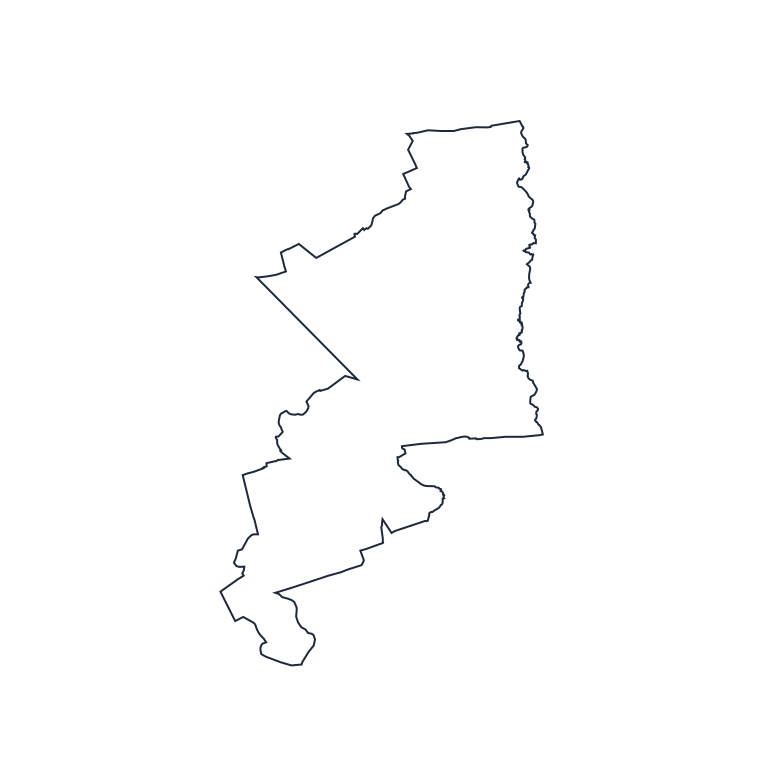 Matasaru, Dâmbovita, Romania (Albers equal-area conic projection), rotated 29°
{"feature_id": "2599482B12990773246129", "entity_name": "Matasaru", "entity_type": "district", "adm_level": 2, "iso_a3": "ROU", "parent_name": "Romania", "parent_adm1": "Dâmbovita", "projection": "albers", "projection_center": [25.452, 44.69], "detail": "fine", "context": "isolated", "style": "outline", "palette": "slate", "viewbox_px": 768, "rotation_deg": 29, "n_neighbors": 0, "source": "geoboundaries", "source_scale": "gbopen_adm2", "svg_char_len": 6146}
<svg xmlns="http://www.w3.org/2000/svg" viewBox="0 0 768 768"><g transform="rotate(29 384 384)"><path d="M488.6,482.5L487.6,478.7L487.6,477.8L486.9,477.0L486.9,476.1L486.2,475.0L487.0,473.3L488.4,472.5L489.6,469.8L491.9,466.0L492.3,464.4L492.4,462.2L493.1,461.2L493.0,460.1L491.9,457.4L491.1,456.3L492.0,454.9L491.0,454.7L490.7,452.1L490.3,451.9L489.2,452.2L488.8,450.9L488.2,450.5L487.0,450.0L485.3,450.1L485.3,448.8L484.7,448.3L483.0,448.8L482.2,448.2L479.2,449.3L477.8,448.9L470.1,452.9L468.2,453.4L464.3,453.6L463.3,453.3L455.7,452.4L453.9,451.4L452.8,451.5L451.9,450.6L450.4,450.5L446.7,448.9L444.7,448.8L444.2,449.3L441.2,449.5L438.8,448.5L436.0,447.9L434.0,445.7L433.8,444.6L432.3,443.1L431.3,441.4L432.4,440.9L433.5,439.3L436.4,434.3L433.7,431.3L431.3,431.5L430.3,430.6L429.8,429.7L445.2,418.5L466.2,405.0L469.9,400.9L473.2,396.6L478.7,391.7L481.5,390.1L484.3,389.7L485.0,390.5L491.0,386.9L491.6,387.4L494.7,385.6L496.2,384.5L497.5,383.0L504.4,379.1L515.5,371.5L531.0,362.9L545.3,353.0L547.4,351.1L542.3,345.7L539.7,344.6L538.9,344.7L536.4,343.2L534.5,343.1L533.4,342.0L533.9,340.6L533.8,339.7L532.7,336.9L531.6,336.4L531.1,335.3L530.7,334.3L531.3,331.9L530.5,330.9L529.0,330.3L527.2,330.8L523.9,329.9L522.5,330.3L521.3,330.0L520.0,327.7L518.5,324.1L520.8,320.4L520.9,317.2L520.6,315.1L520.0,314.1L513.5,310.3L513.1,309.4L512.1,309.1L509.1,309.4L507.4,308.8L505.7,307.4L505.1,305.3L502.9,303.0L501.9,303.8L499.4,304.1L498.7,305.1L494.4,304.7L493.5,303.2L493.6,301.8L494.3,300.3L494.0,298.3L494.2,297.1L493.2,293.0L492.3,290.8L489.1,287.7L486.3,288.8L484.4,287.7L483.1,286.4L483.0,285.6L483.2,284.4L484.5,282.9L484.5,282.0L483.5,280.4L482.4,281.2L481.8,280.9L482.0,280.2L481.1,280.0L478.8,280.9L477.8,279.7L478.2,279.3L477.5,277.8L477.9,276.3L478.7,275.5L478.7,275.2L478.2,275.4L477.7,274.1L478.8,273.2L478.8,272.6L479.5,272.1L478.8,270.3L478.3,270.1L478.5,269.2L478.3,268.4L477.5,266.9L476.1,265.5L475.7,264.5L475.4,264.3L475.2,264.9L474.3,263.5L474.0,263.6L473.7,264.3L472.9,264.2L472.6,263.2L470.4,263.4L470.1,263.0L470.0,262.7L471.3,262.1L471.5,261.7L470.4,260.2L470.4,259.6L469.1,258.3L469.1,256.3L465.9,252.0L465.7,250.5L466.7,248.9L465.4,246.5L465.3,244.6L464.3,241.8L463.0,241.7L462.8,241.0L463.6,240.0L462.2,236.6L462.4,235.1L461.4,233.8L461.4,232.8L461.7,231.6L462.2,231.3L462.2,230.1L463.5,229.3L462.3,228.0L461.8,227.1L461.9,225.7L462.3,224.9L463.1,224.5L460.6,222.4L459.6,221.2L457.8,217.7L456.1,212.5L454.9,210.9L450.9,209.9L452.4,206.3L452.4,205.0L453.3,203.7L452.0,199.8L451.9,198.5L451.6,198.3L450.8,199.0L450.0,198.9L449.5,199.6L448.8,199.7L447.3,198.8L444.0,199.9L441.5,199.7L441.7,199.3L442.8,198.1L442.6,197.2L442.9,196.7L445.6,194.2L445.5,193.7L444.8,193.6L444.5,193.2L444.4,192.6L443.7,192.0L444.0,191.5L446.0,189.8L445.9,189.2L446.3,188.4L448.6,187.3L446.8,184.0L444.9,183.2L444.1,180.7L442.6,181.0L441.8,180.1L440.2,180.1L440.1,178.3L440.4,177.4L440.1,176.7L440.4,175.4L440.3,174.5L438.7,170.4L437.6,170.0L437.0,169.4L436.8,168.7L435.7,167.4L433.3,167.5L430.7,166.8L430.0,166.2L429.0,164.2L427.6,163.4L427.2,162.6L427.0,161.5L425.9,161.7L425.6,161.1L426.0,159.4L427.0,157.7L427.3,156.1L426.2,152.2L424.7,150.9L419.6,149.9L419.0,149.2L416.0,147.3L409.8,145.3L408.0,145.4L406.1,146.2L403.0,143.8L402.6,143.1L402.3,139.0L402.6,138.7L403.9,139.4L405.5,138.0L405.3,134.2L406.0,133.3L406.5,131.5L406.3,126.9L406.5,125.9L406.3,124.7L405.9,124.3L405.1,124.4L404.1,122.3L402.4,121.7L402.4,120.8L402.0,120.5L400.6,121.0L399.8,121.7L399.4,121.5L399.5,120.2L398.7,119.3L398.0,119.1L398.0,118.3L397.6,117.3L394.4,115.9L392.8,114.1L392.2,113.2L392.0,112.5L391.2,111.6L391.1,110.4L391.4,109.7L393.6,107.9L394.1,106.8L393.9,105.4L391.7,104.8L389.6,101.9L388.4,101.0L385.5,100.4L382.3,98.1L381.7,96.8L381.9,93.0L381.5,92.0L380.7,91.5L380.3,91.7L375.1,88.2L352.8,106.0L352.6,106.4L352.8,107.4L349.9,109.5L339.8,114.9L327.5,124.0L322.4,128.9L311.6,134.9L299.4,140.8L291.2,148.2L287.8,150.5L287.8,150.9L282.8,154.1L286.0,154.7L291.3,157.5L291.5,167.4L304.7,176.6L308.0,179.2L299.0,191.0L310.3,199.4L313.0,200.5L310.0,204.7L310.0,205.6L310.4,206.1L311.5,210.1L312.6,211.7L311.1,213.7L310.4,217.4L309.4,219.6L301.5,229.0L298.6,233.0L298.0,236.4L294.5,241.3L294.1,244.0L294.2,244.9L295.2,248.0L296.0,251.4L294.7,255.8L294.3,256.2L293.1,256.2L292.0,258.9L290.0,258.0L287.8,265.8L285.8,266.5L285.4,267.2L287.2,269.2L263.8,306.3L263.6,306.6L241.6,302.8L235.3,312.1L235.1,312.0L233.2,314.3L230.1,319.0L240.3,329.9L243.7,333.1L236.7,340.8L230.6,345.8L222.5,351.7L220.6,352.4L358.5,392.9L346.1,395.8L337.2,415.3L331.5,421.0L330.7,420.4L328.2,423.7L326.9,426.1L324.7,437.0L328.7,439.9L329.4,441.7L329.5,445.3L328.5,448.6L327.8,450.2L325.5,451.5L323.4,451.9L321.0,454.1L317.2,455.6L315.0,455.8L311.8,454.8L310.2,456.5L309.9,457.5L308.9,458.8L308.4,459.8L308.1,461.8L310.1,467.9L311.3,469.7L313.2,471.2L314.9,471.8L316.2,473.2L318.2,474.5L318.6,475.1L317.3,480.6L316.9,481.3L315.2,482.3L315.0,482.8L315.3,483.3L317.8,484.9L319.2,487.6L320.7,488.9L324.2,491.1L326.1,491.7L325.7,492.8L328.4,493.6L337.6,495.0L327.7,502.2L327.5,503.2L319.6,510.2L321.3,512.9L319.5,514.6L319.9,515.1L318.8,516.0L319.2,516.4L312.6,524.0L307.7,528.7L304.6,532.2L325.9,555.3L335.7,565.0L336.4,565.4L346.7,576.6L342.9,578.7L341.4,580.4L339.9,585.1L340.0,597.4L337.0,600.6L339.0,608.6L339.4,613.1L343.3,614.8L346.1,614.1L350.4,611.5L351.7,614.9L351.9,618.4L354.2,619.6L350.7,625.9L341.6,644.9L368.8,663.5L373.8,656.0L385.4,656.0L387.8,656.7L391.8,660.2L394.9,662.3L398.2,663.8L402.2,665.0L406.2,667.1L403.7,669.8L403.3,671.7L403.7,674.2L404.8,676.4L407.6,679.7L412.8,679.8L428.4,677.5L439.5,675.0L447.9,669.3L447.4,666.6L447.9,654.9L449.3,646.7L447.5,640.9L444.2,637.8L441.8,637.5L438.3,638.6L434.5,636.8L429.6,636.8L424.3,634.1L419.9,630.0L417.2,623.9L415.9,621.8L411.1,618.1L407.5,617.8L402.4,618.7L398.4,619.8L393.8,618.6L390.2,619.3L402.8,606.2L428.4,578.5L437.6,569.5L442.3,563.8L452.2,553.3L452.0,548.3L451.6,547.7L444.1,541.2L448.6,536.7L456.9,527.2L460.1,523.6L460.1,523.1L459.6,522.8L457.7,519.5L451.2,510.8L450.5,507.7L449.8,506.9L448.3,503.0L462.8,510.6L464.6,507.5L486.4,483.8L487.6,483.4L488.6,482.5Z" fill="none" stroke="#1e293b" stroke-width="2"/></g></svg>